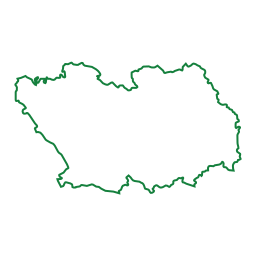 the Region of Penza
{"feature_id": "RUS-2373", "entity_name": "Penza", "entity_type": "Region", "adm_level": 1, "iso_a3": "RUS", "parent_name": "Russia", "parent_adm1": "", "projection": "mercator", "projection_center": [44.677, 53.167], "detail": "fine", "context": "isolated", "style": "outline", "palette": "green", "viewbox_px": 256, "rotation_deg": 0, "n_neighbors": 0, "source": "natural_earth", "source_scale": "10m", "svg_char_len": 5706}
<svg xmlns="http://www.w3.org/2000/svg" viewBox="0 0 256 256"><path d="M16.5,101.0L16.0,100.8L15.7,99.9L15.7,92.2L15.9,91.3L16.7,90.5L16.8,90.1L16.9,87.4L16.5,86.4L15.5,85.1L15.4,84.6L15.7,83.9L16.6,83.2L17.1,82.1L18.0,81.4L18.2,80.4L17.5,78.7L20.9,77.9L25.5,76.0L27.0,77.3L31.5,79.4L31.9,79.9L32.9,82.1L33.5,82.9L34.9,84.5L36.0,85.0L36.2,84.3L35.0,80.9L34.8,79.6L35.1,78.8L36.7,77.6L37.8,77.2L38.0,77.5L38.1,77.8L38.0,78.2L36.8,79.8L36.4,81.0L36.7,81.8L37.7,82.8L38.4,82.6L40.4,79.1L40.8,78.8L44.5,78.8L44.8,79.0L44.9,79.4L43.8,81.0L43.7,81.8L44.2,82.7L45.3,83.1L45.8,82.5L46.4,78.2L46.6,77.5L46.8,77.4L48.0,78.8L50.0,78.8L52.0,79.7L53.6,79.9L54.6,79.6L56.3,77.9L56.8,77.7L58.9,77.9L60.0,77.7L60.2,77.4L60.1,75.6L60.1,75.2L60.4,74.7L60.8,74.6L61.2,74.7L61.8,75.1L63.2,77.0L64.3,77.4L64.8,77.3L65.1,77.0L65.2,76.6L64.7,72.0L64.3,71.4L62.6,71.8L62.4,71.7L62.2,71.1L63.0,68.9L63.2,66.2L63.5,65.8L64.6,65.0L64.9,64.3L65.3,64.0L68.0,64.2L71.0,62.8L71.6,62.7L71.9,62.9L72.8,63.9L73.5,64.4L76.9,64.9L78.2,64.8L78.9,64.3L81.6,62.9L82.6,63.0L83.6,64.8L84.9,65.7L91.9,66.9L95.9,69.2L97.9,70.8L99.2,72.3L100.1,73.7L100.3,74.4L100.3,74.8L99.9,75.5L99.5,75.6L97.3,76.0L97.2,76.3L98.3,76.9L98.7,77.2L98.7,77.5L97.9,78.2L97.7,78.5L97.7,78.9L100.0,80.1L102.9,83.2L105.4,84.4L107.0,84.8L107.9,84.7L111.3,82.6L112.5,82.5L116.0,86.1L117.8,87.4L118.3,87.4L118.6,87.2L119.1,86.0L119.9,85.5L122.6,85.4L123.0,85.6L124.1,87.2L124.9,88.0L126.5,88.9L127.9,90.2L128.9,90.4L130.7,90.0L131.7,88.1L132.7,87.8L135.1,87.9L136.4,87.8L137.3,87.1L137.3,86.7L137.0,86.0L135.5,84.8L135.0,84.2L134.4,82.8L133.4,82.0L133.1,81.6L132.9,81.0L132.8,78.9L132.5,78.5L131.9,78.0L131.7,77.2L131.6,74.0L131.7,72.5L135.3,70.7L137.6,71.2L138.2,71.1L138.4,70.8L138.4,70.0L138.6,69.5L141.5,68.5L142.9,66.9L143.5,66.6L148.8,66.4L151.4,67.4L154.0,67.5L155.1,67.2L157.5,65.7L163.1,70.6L164.2,72.7L165.0,73.0L167.3,72.3L170.8,71.7L171.4,71.8L172.1,72.2L173.6,71.8L174.7,71.0L179.1,69.5L179.9,69.5L181.5,70.3L182.2,70.4L182.6,69.7L182.6,68.5L182.8,66.9L185.8,63.7L187.7,66.3L188.7,66.6L190.8,65.6L192.6,64.0L193.4,63.6L194.1,63.7L195.7,64.2L197.4,65.3L199.5,66.2L200.0,66.5L200.5,67.6L201.3,68.3L204.1,69.7L204.9,70.4L205.2,71.2L205.2,72.9L204.9,73.6L204.3,74.5L204.2,74.9L204.3,75.7L204.9,77.1L205.4,77.8L208.4,79.6L208.5,80.1L207.7,82.0L207.7,82.5L207.9,83.0L208.6,83.3L210.2,82.8L211.0,83.0L212.5,86.2L213.1,88.2L213.8,89.3L217.3,91.3L218.3,93.4L218.2,93.9L217.1,94.3L216.8,94.5L216.7,94.8L217.2,98.4L217.4,98.9L218.3,99.4L218.6,99.9L218.1,102.1L220.6,104.1L222.1,104.7L223.1,104.8L225.1,104.4L226.2,104.5L226.7,104.8L226.9,105.2L226.8,107.1L227.4,107.4L228.6,107.5L229.6,109.1L231.7,109.8L232.0,110.0L233.0,112.1L234.4,112.5L234.9,113.9L236.6,114.8L236.9,115.2L237.1,116.1L237.3,118.8L238.5,119.8L238.8,120.8L238.8,121.3L238.6,121.5L236.4,122.4L235.8,122.9L235.6,124.1L235.6,127.1L235.9,127.8L236.2,128.0L238.2,126.9L238.9,126.7L239.7,127.0L240.0,127.4L240.0,127.7L238.5,130.0L239.0,131.5L239.0,131.9L237.6,134.4L237.4,135.3L237.5,142.2L237.6,143.9L238.3,146.9L238.4,148.3L237.1,149.4L236.9,150.4L237.0,151.1L237.3,151.8L240.1,153.8L240.2,154.7L239.7,156.5L240.6,158.9L239.5,159.7L238.0,160.0L237.6,161.2L237.1,161.9L234.6,162.3L233.8,163.3L233.1,164.7L232.9,165.9L233.1,168.6L233.6,170.6L229.4,170.2L228.2,169.7L226.6,167.8L225.9,167.3L224.0,167.1L223.7,166.8L223.5,166.5L223.4,166.1L223.6,163.5L223.4,162.9L223.0,162.2L222.6,161.9L222.2,161.9L221.1,163.5L220.5,164.0L219.1,164.6L214.8,165.3L213.5,166.2L210.0,165.9L208.7,166.4L208.1,167.5L208.0,168.4L208.1,170.4L205.9,170.6L204.7,171.6L202.6,171.8L202.3,172.0L202.2,172.5L202.0,175.2L201.5,175.9L200.4,175.0L199.4,174.9L199.0,175.2L198.3,177.0L198.0,177.4L196.6,178.0L194.7,179.4L194.2,180.0L194.1,180.5L194.3,180.8L195.6,181.7L196.0,182.3L196.0,182.9L195.8,183.2L194.5,184.3L194.3,184.6L194.5,186.4L186.3,183.7L184.2,182.6L182.8,182.3L182.4,181.6L182.5,180.1L183.2,178.1L183.1,177.7L182.4,177.6L181.0,178.3L179.0,178.0L178.3,178.4L176.8,180.0L174.4,180.5L173.7,180.9L173.3,181.6L173.3,183.5L173.1,183.9L172.6,184.3L171.1,185.0L170.1,186.4L169.2,186.9L167.1,185.7L165.7,185.5L162.7,187.2L160.9,187.6L159.5,187.2L157.5,185.7L156.7,185.3L155.8,185.4L154.2,186.4L154.0,186.7L153.7,187.8L152.7,188.7L152.8,189.4L154.0,190.8L153.9,191.3L153.5,191.9L152.2,192.7L150.9,192.9L150.1,192.2L149.0,190.2L148.3,189.6L145.2,188.7L144.8,188.0L144.3,186.3L143.5,184.4L142.4,183.2L141.3,182.8L139.5,181.7L134.7,181.0L133.1,180.4L131.9,179.2L130.7,177.5L128.6,175.5L126.6,177.2L126.4,177.8L127.7,179.6L128.0,180.3L128.1,181.0L127.3,182.4L127.5,183.1L128.0,183.9L128.2,184.5L128.1,185.0L127.8,185.3L127.1,185.4L125.9,184.9L125.1,184.8L122.8,185.8L122.1,186.8L121.3,189.0L120.8,189.9L118.9,191.0L118.8,191.3L119.2,192.3L119.3,193.3L113.4,191.6L105.4,190.8L101.3,188.7L98.8,186.9L96.2,186.6L92.9,184.6L91.7,184.4L86.9,185.9L81.8,185.0L81.1,185.2L79.9,186.3L79.3,186.5L76.0,187.0L75.8,187.4L75.3,187.5L73.6,187.5L72.5,187.1L72.1,184.5L71.4,184.0L70.3,183.4L66.2,182.3L65.4,182.3L64.5,183.4L63.7,185.4L63.1,186.1L61.0,186.8L57.9,180.8L57.4,179.2L60.5,179.0L61.4,178.7L61.8,178.3L61.8,178.1L61.7,177.9L60.4,177.2L59.6,176.4L59.2,175.5L59.3,174.8L63.6,172.6L65.9,169.6L66.4,169.1L67.9,168.4L68.3,168.0L68.2,167.2L67.0,164.3L61.7,155.0L61.0,154.2L59.0,152.8L58.0,151.6L54.8,145.7L53.7,144.3L53.0,143.7L50.3,142.5L46.8,140.5L45.7,139.7L42.4,134.8L40.4,132.7L38.1,132.0L36.4,132.2L34.9,128.7L35.3,127.8L36.1,127.6L36.8,127.0L37.1,126.4L36.9,125.5L35.0,123.4L29.3,114.9L27.6,113.1L26.8,113.0L26.0,113.5L24.2,113.7L23.6,113.5L23.0,112.9L22.6,111.4L22.9,110.1L23.4,109.5L25.6,108.3L25.8,107.9L25.7,107.6L23.6,104.9L22.4,104.0L19.4,102.5L19.0,102.1L18.7,100.9L18.5,100.7L16.5,101.0Z" fill="none" stroke="#15803d" stroke-width="2"/></svg>